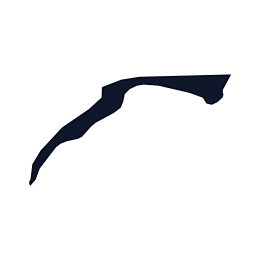 SVG path tracing the border of North Abaco, rotated 312°
{"feature_id": "BHS-5014", "entity_name": "North Abaco", "entity_type": "District", "adm_level": 1, "iso_a3": "BHS", "parent_name": "The Bahamas", "parent_adm1": "", "projection": "natural_earth1", "projection_center": [-77.637, 26.808], "detail": "fine", "context": "isolated", "style": "filled", "palette": "ink", "viewbox_px": 256, "rotation_deg": 312, "n_neighbors": 0, "source": "natural_earth", "source_scale": "10m", "svg_char_len": 617}
<svg xmlns="http://www.w3.org/2000/svg" viewBox="0 0 256 256"><g transform="rotate(312 128 128)"><path d="M219.3,172.3L217.7,173.8L216.1,176.0L214.1,177.1L207.2,176.4L201.8,174.1L199.5,169.8L201.4,163.4L195.8,149.6L180.4,121.8L171.2,110.0L165.5,105.5L158.1,102.5L150.6,102.2L144.3,106.0L138.4,108.2L130.4,106.8L110.5,99.7L104.4,98.9L91.0,98.9L87.0,97.5L77.4,90.6L71.5,87.7L65.3,86.6L38.5,88.8L27.8,93.1L20.6,93.3L21.6,91.7L22.6,91.1L25.1,90.5L37.3,81.9L52.6,78.9L84.3,79.4L115.4,87.0L133.2,88.8L141.0,82.2L159.0,91.3L173.3,102.9L235.4,168.4L219.3,172.3Z" fill="#0f172a" stroke="#020617" stroke-width="1.5"/></g></svg>